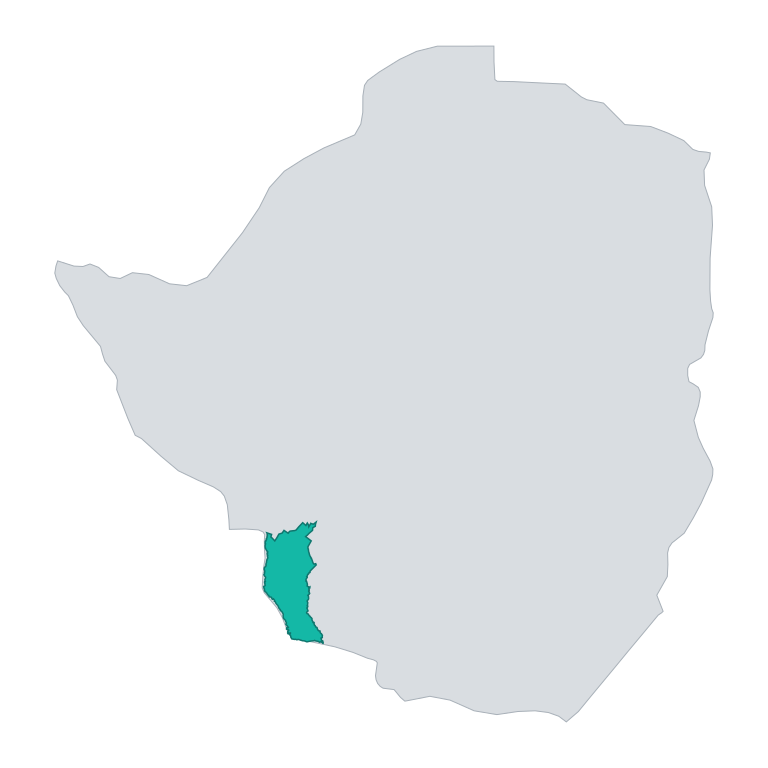 Mangwe, Matabeleland South, Zimbabwe (highlighted)
{"feature_id": "62879985B72758591248620", "entity_name": "Mangwe", "entity_type": "district", "adm_level": 2, "iso_a3": "ZWE", "parent_name": "Zimbabwe", "parent_adm1": "Matabeleland South", "projection": "natural_earth1", "projection_center": [28.025, -21.012], "detail": "fine", "context": "in_parent", "style": "filled", "palette": "teal", "viewbox_px": 768, "rotation_deg": 0, "n_neighbors": 0, "source": "geoboundaries", "source_scale": "gbopen_adm2", "svg_char_len": 7985}
<svg xmlns="http://www.w3.org/2000/svg" viewBox="0 0 768 768"><path d="M566.3,721.9L558.7,716.2L548.3,712.5L535.1,710.8L517.9,711.5L496.8,714.6L474.1,710.8L450.0,700.1L429.9,696.3L405.8,701.0L404.8,701.1L400.6,697.5L394.1,689.6L383.1,688.2L380.2,686.4L377.7,683.5L376.1,679.8L375.5,675.7L377.3,662.8L376.3,661.3L373.4,659.8L367.4,658.2L353.0,652.4L334.8,646.8L305.4,640.6L293.9,638.9L291.2,637.0L287.9,632.3L282.3,617.5L276.9,607.8L264.2,592.7L262.2,588.0L262.8,576.1L263.8,566.4L265.1,558.2L264.5,550.5L264.3,541.0L264.7,534.6L263.0,531.9L258.4,529.9L245.3,529.0L229.4,529.4L228.9,519.7L227.3,504.7L224.3,496.1L220.7,491.6L213.4,486.9L198.6,480.5L178.4,470.8L161.2,456.4L141.4,438.5L135.2,435.3L127.9,418.5L116.7,389.7L117.4,380.1L115.7,375.4L104.9,361.2L102.5,353.9L100.5,346.4L83.3,325.7L77.4,316.7L72.9,305.0L68.4,295.7L64.7,292.0L59.8,285.7L56.3,278.5L54.8,273.1L56.0,265.9L57.7,260.9L74.0,266.1L83.0,266.5L90.0,264.0L98.6,267.4L109.0,276.7L120.2,278.5L132.4,272.7L148.8,274.5L169.5,283.8L186.7,285.7L207.1,277.4L225.3,254.4L242.4,232.8L259.2,207.8L269.4,187.6L284.3,171.2L304.0,158.6L324.0,147.9L354.7,134.9L360.8,124.1L362.8,112.3L362.9,95.9L364.5,85.3L367.7,80.5L372.8,76.7L379.4,71.9L399.6,59.4L416.5,51.4L437.2,46.2L459.7,46.2L481.5,46.1L493.9,46.1L494.0,61.8L494.9,79.6L497.3,81.3L513.7,81.6L539.9,82.9L565.2,84.1L581.3,96.9L586.7,99.7L603.5,103.1L624.8,124.6L650.6,126.5L668.2,133.2L683.8,140.6L692.8,149.4L698.6,151.4L706.4,152.1L710.3,152.9L709.4,159.2L704.0,170.0L704.6,185.4L711.7,206.8L712.5,225.3L710.1,258.1L709.9,289.8L710.6,301.2L711.7,308.7L713.2,312.8L712.9,317.5L708.5,330.8L705.0,344.8L704.8,350.4L703.5,354.4L700.9,357.9L689.6,364.4L687.7,368.4L687.7,375.6L689.0,381.7L693.2,383.9L698.3,387.4L700.2,392.0L700.2,396.8L698.5,405.7L693.9,420.4L698.3,437.3L703.2,448.3L710.1,461.1L712.9,468.9L712.7,474.5L711.6,480.0L701.1,503.3L693.4,517.7L684.2,533.2L672.0,542.9L668.9,547.5L667.6,552.9L667.9,564.5L667.3,576.6L656.8,595.2L663.1,611.3L661.6,612.8L658.2,615.1L643.2,633.2L628.0,651.4L617.0,664.8L604.4,680.0L590.3,697.0L578.3,711.6L566.3,721.9Z" fill="#d9dde1" stroke="#a8b0b8" stroke-width="1"/><path d="M284.0,530.4L282.1,533.1L278.9,534.1L276.9,537.7L274.8,540.9L272.0,537.9L270.9,537.0L271.6,534.4L266.8,532.8L267.3,533.9L267.3,534.4L267.1,534.8L267.4,535.7L267.1,536.1L267.0,536.4L267.1,536.7L267.2,537.0L266.9,537.6L266.8,538.1L266.3,538.7L266.3,538.9L266.6,539.1L266.6,539.3L266.5,539.6L266.4,539.9L266.0,540.1L265.9,540.7L265.7,540.9L265.7,541.1L265.4,541.1L265.2,541.7L265.2,543.7L265.3,543.8L265.5,543.8L265.5,544.1L265.3,544.5L265.3,544.9L265.1,545.3L265.1,545.6L265.2,546.1L265.1,546.5L265.1,546.9L265.4,547.8L265.3,548.0L265.5,548.5L265.8,548.8L266.0,549.4L266.2,549.9L267.0,550.7L267.0,550.8L266.8,550.8L266.9,551.0L267.4,551.5L267.7,551.8L267.4,552.1L267.4,552.4L267.3,552.8L267.5,552.9L267.6,553.0L267.1,553.3L267.1,553.6L267.2,553.8L267.2,554.5L267.3,554.8L267.5,554.8L267.5,555.0L267.5,555.3L267.7,555.5L267.4,555.8L267.4,556.1L267.6,556.8L267.8,557.3L267.8,557.6L267.7,558.2L267.2,559.1L266.9,559.6L267.0,560.0L266.9,560.4L266.7,560.6L266.5,561.2L266.6,562.1L266.2,563.1L266.0,564.0L265.9,564.2L265.9,564.4L266.2,565.0L265.9,565.7L265.7,566.4L265.3,566.4L265.0,567.1L264.5,567.5L264.3,568.0L264.2,569.3L264.7,570.7L264.8,572.0L264.5,572.6L264.5,573.3L264.5,573.9L264.0,574.7L263.9,574.8L264.4,575.5L264.6,576.1L265.1,576.5L265.6,577.2L265.5,578.2L265.0,579.2L264.9,579.6L265.0,580.8L265.3,581.2L265.4,581.5L265.2,581.6L264.6,581.7L264.5,582.1L264.5,582.3L264.8,582.7L264.7,583.0L264.7,583.3L265.0,583.7L264.9,584.4L265.2,585.3L264.7,586.0L263.7,586.4L263.6,586.6L263.6,586.9L263.9,587.5L263.9,588.1L264.5,589.0L264.4,589.6L264.3,589.9L264.3,590.1L264.7,590.5L264.8,591.2L264.9,591.5L265.1,591.7L265.3,591.7L265.9,592.1L266.1,592.4L266.2,592.8L266.8,593.1L267.1,593.6L267.2,594.1L267.6,594.7L268.3,595.3L268.8,595.5L269.0,596.5L269.2,596.8L269.7,597.0L270.7,597.0L271.4,597.3L271.6,597.5L271.7,598.2L272.3,599.2L272.7,599.3L273.4,598.8L273.6,599.0L274.1,599.8L274.4,600.0L274.6,600.4L274.6,600.7L274.4,601.1L274.4,601.3L274.9,601.4L275.4,601.8L275.5,602.0L275.7,602.8L276.2,603.6L276.9,604.5L277.3,604.9L277.9,605.5L278.1,606.0L278.3,606.7L278.6,607.2L279.0,608.3L279.9,609.3L280.3,609.5L280.2,610.1L280.4,610.5L280.7,610.8L281.6,611.3L281.9,611.7L283.1,613.8L283.3,614.6L283.1,615.7L283.2,616.4L283.3,617.7L284.2,619.2L285.1,620.0L285.5,620.4L285.7,621.4L286.4,622.7L286.4,623.2L286.4,623.4L285.9,624.0L285.9,624.5L286.2,624.8L286.9,625.4L287.2,625.7L287.7,626.8L288.4,627.3L288.2,627.6L287.3,627.4L286.9,627.5L286.7,627.9L286.5,628.7L286.5,629.1L288.0,629.5L288.7,630.0L288.7,630.3L288.1,630.8L287.8,631.1L287.7,631.4L288.0,631.8L288.1,632.1L287.6,632.8L287.6,633.0L288.0,633.7L288.2,633.9L288.3,633.8L288.7,633.1L289.0,633.1L289.4,633.2L290.4,633.0L290.4,633.3L290.4,633.5L289.8,634.0L289.7,634.4L289.8,634.7L290.5,635.5L290.8,636.7L290.8,637.1L291.7,638.8L292.0,639.0L293.1,639.1L294.3,639.4L295.8,639.3L296.9,639.8L297.2,639.7L298.0,639.4L298.4,639.4L299.9,639.8L300.4,640.1L301.3,640.3L302.2,640.7L304.4,640.9L306.7,641.8L307.2,641.8L309.0,641.4L309.6,641.3L311.1,641.0L314.1,640.7L314.4,640.4L314.7,640.4L315.2,640.7L316.1,641.0L317.4,641.2L318.6,641.5L319.3,642.2L319.6,642.2L320.5,641.8L321.0,642.1L321.7,642.2L322.2,642.5L322.8,643.3L323.1,643.3L323.2,643.1L323.2,642.8L322.9,641.7L322.8,641.0L322.6,640.8L322.0,640.9L321.6,640.6L321.5,640.1L321.3,639.0L321.0,638.4L321.0,638.1L321.2,637.8L322.0,637.8L322.3,637.5L322.3,637.1L322.2,636.1L322.4,635.6L322.4,635.2L321.8,634.5L321.5,633.8L320.7,633.2L320.3,632.8L320.1,632.3L320.1,631.5L319.9,630.9L319.1,630.9L318.5,630.7L318.1,630.3L317.9,629.8L317.4,629.0L317.2,628.4L317.2,628.0L317.0,627.6L316.6,627.2L316.1,627.2L315.7,627.0L315.5,626.5L315.3,625.9L315.1,625.6L314.4,625.1L314.3,624.8L314.3,624.1L314.0,623.8L313.9,623.4L314.1,622.8L314.1,622.5L313.8,622.4L313.3,622.6L313.0,622.5L312.9,621.6L312.6,621.2L312.4,620.8L312.0,620.0L312.0,618.6L311.9,618.4L311.1,617.5L310.3,616.9L310.0,616.2L309.3,615.8L308.9,615.2L308.2,614.0L307.2,613.7L306.8,613.2L306.6,612.9L306.6,612.5L307.2,611.5L307.6,611.4L307.9,611.1L308.0,610.8L307.9,610.5L307.6,609.9L307.4,609.1L306.9,608.4L306.9,608.1L307.4,607.7L307.2,607.2L307.8,606.4L307.8,606.2L307.7,606.0L307.2,605.6L307.6,605.0L307.6,604.8L307.5,604.0L307.7,603.5L307.8,602.9L307.7,602.3L307.3,601.8L307.2,601.3L307.3,600.6L307.4,600.4L308.3,599.6L308.6,598.7L308.6,597.7L308.4,597.0L308.5,596.3L308.4,596.0L307.9,595.4L308.3,595.1L308.4,594.6L309.0,594.3L309.3,594.0L309.6,593.5L309.5,593.3L309.6,593.2L309.3,592.6L309.3,592.1L309.2,591.9L308.8,591.7L308.6,591.1L308.7,590.9L308.9,591.0L309.2,590.6L309.1,589.9L309.2,589.7L309.1,589.3L308.9,589.2L309.0,588.9L308.8,588.2L309.2,588.2L309.8,587.9L309.6,587.6L309.9,587.0L309.9,586.9L309.4,587.2L307.2,586.1L307.4,584.2L306.5,581.1L306.4,580.9L306.2,580.7L306.0,580.8L306.0,580.7L305.9,580.0L306.0,579.6L306.2,579.0L306.7,578.0L307.2,577.6L307.1,577.3L307.2,576.9L306.8,576.5L307.1,576.3L307.2,575.9L307.3,575.7L307.5,575.2L307.5,574.9L307.7,574.6L307.7,574.4L307.9,574.2L308.4,574.1L308.7,573.7L308.9,573.3L308.9,573.0L309.1,572.7L309.9,572.5L310.1,572.2L310.0,571.6L310.1,571.2L310.5,570.7L316.2,564.9L315.9,564.4L315.7,564.2L315.7,563.7L315.3,563.7L314.3,564.1L314.2,564.1L313.7,563.9L312.9,562.6L312.5,561.4L312.4,560.9L312.1,560.3L311.9,559.5L311.5,558.8L311.5,558.3L311.4,558.1L310.9,557.9L310.9,557.6L310.6,557.1L310.5,556.6L310.0,556.0L309.6,555.2L309.6,554.7L309.4,554.4L309.0,552.6L308.8,552.3L308.6,551.3L308.5,550.8L308.5,550.2L308.3,549.6L308.4,549.1L308.2,548.8L308.0,548.7L307.9,546.8L311.2,540.9L305.6,536.6L306.8,535.5L307.1,535.4L309.1,533.3L312.5,530.4L312.8,527.7L315.3,526.3L315.5,524.1L316.1,522.1L313.4,524.2L311.2,523.6L310.8,523.3L309.8,525.1L308.8,526.8L308.5,524.9L307.3,523.0L305.9,525.5L302.7,522.7L298.7,526.9L296.3,529.8L296.0,530.1L294.7,530.6L294.4,530.6L290.1,531.1L289.4,531.6L288.1,533.2L284.0,530.4Z" fill="#14b8a6" stroke="#0f766e" stroke-width="1.5"/></svg>